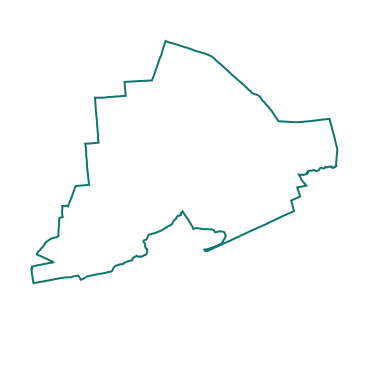 outline of Fantanele, Iasi, Romania, rotated 288°
{"feature_id": "2599482B12543048192025", "entity_name": "Fantanele", "entity_type": "district", "adm_level": 2, "iso_a3": "ROU", "parent_name": "Romania", "parent_adm1": "Iasi", "projection": "albers", "projection_center": [27.177, 47.409], "detail": "fine", "context": "isolated", "style": "outline", "palette": "teal", "viewbox_px": 384, "rotation_deg": 288, "n_neighbors": 0, "source": "geoboundaries", "source_scale": "gbopen_adm2", "svg_char_len": 5928}
<svg xmlns="http://www.w3.org/2000/svg" viewBox="0 0 384 384"><g transform="rotate(288 192 192)"><path d="M304.1,300.2L303.2,298.0L302.3,296.4L301.4,294.2L300.6,292.5L296.2,283.2L295.3,281.1L293.1,275.9L291.6,272.3L290.2,268.4L289.1,264.0L288.2,260.8L287.5,257.9L286.5,254.4L286.2,253.0L286.1,252.7L286.2,252.4L286.3,252.2L286.5,251.8L286.9,251.3L291.9,244.8L293.4,243.2L294.1,242.0L294.9,240.8L296.0,239.3L298.3,235.1L299.2,233.8L299.9,232.6L300.1,232.0L300.4,231.4L301.5,229.7L303.2,227.8L303.7,227.1L303.7,226.7L304.1,225.8L304.5,224.1L304.5,222.5L304.4,221.5L304.4,220.9L304.5,219.7L304.4,219.3L304.6,218.4L304.7,218.2L304.9,217.9L305.6,217.3L306.1,216.6L306.1,215.9L306.6,214.5L307.3,213.2L308.2,211.5L309.4,209.0L309.8,208.3L311.0,205.1L311.5,204.2L312.8,201.1L313.0,200.6L313.6,199.2L314.2,197.7L314.2,197.4L314.7,196.4L316.2,193.1L317.7,190.2L319.2,186.8L319.7,185.5L321.1,182.8L321.7,181.5L322.5,179.5L323.2,177.4L323.8,176.0L324.9,173.6L325.2,173.1L326.4,170.6L327.0,168.6L327.2,166.9L327.3,166.2L327.5,164.2L327.6,162.5L327.6,157.1L327.5,155.0L327.3,152.7L327.3,151.7L327.5,148.1L327.5,146.4L327.7,142.5L327.5,141.2L327.5,138.2L327.5,132.9L327.5,129.2L327.2,125.2L327.3,120.9L327.5,120.3L325.6,120.1L324.1,120.1L322.9,120.2L322.4,120.3L321.4,120.1L318.2,120.2L317.0,120.3L315.1,120.3L314.1,120.5L313.3,120.5L309.8,120.1L305.9,119.9L305.0,120.0L303.9,120.1L303.5,120.1L302.9,120.0L296.3,119.8L293.9,119.8L290.7,119.7L285.7,119.4L279.0,101.9L275.8,93.8L269.2,96.5L268.3,97.0L263.0,99.3L261.7,96.0L261.2,95.0L260.7,93.9L260.0,91.9L259.4,90.2L258.4,88.2L256.6,83.5L254.5,79.1L252.1,71.9L251.8,70.6L244.0,73.7L243.0,74.1L238.7,75.9L237.4,76.6L235.6,77.2L233.1,78.3L231.2,79.2L226.3,81.1L224.0,82.1L218.0,84.6L217.9,84.8L217.4,85.2L216.8,85.3L216.4,85.3L214.4,85.8L210.1,87.9L209.7,87.0L208.9,85.3L208.6,84.5L207.2,81.5L205.7,77.6L205.5,76.8L204.9,75.5L201.8,77.1L198.6,78.5L194.0,80.1L191.8,81.1L189.4,82.2L185.1,83.9L182.5,84.8L178.8,86.6L169.3,90.8L167.0,91.9L161.7,79.5L155.7,79.2L152.8,79.2L149.1,79.1L145.5,78.8L142.0,78.5L141.1,78.5L140.1,78.6L140.2,76.9L140.0,76.2L139.2,75.5L138.9,73.7L138.6,72.9L136.7,73.7L134.9,74.1L132.8,74.4L128.1,76.8L127.4,75.3L126.7,74.2L125.8,73.8L125.5,73.9L120.6,75.5L116.6,76.4L115.5,76.5L111.0,77.9L108.7,78.5L108.1,77.9L107.4,77.4L107.2,77.1L106.1,75.4L105.1,73.8L104.7,73.3L103.9,72.3L101.7,70.4L99.7,69.1L98.8,68.3L98.4,68.1L97.4,68.2L96.1,67.7L94.8,67.5L94.0,67.3L92.2,66.2L89.3,65.2L88.8,64.9L88.2,64.4L87.7,64.1L87.1,64.0L85.3,63.6L84.8,63.4L84.7,63.1L84.4,65.6L84.3,67.4L83.4,74.9L83.3,76.1L83.1,76.8L82.8,79.7L82.5,81.6L82.3,81.9L82.2,81.9L80.0,77.6L79.3,76.3L78.5,74.8L76.1,70.7L74.8,68.2L74.3,67.3L73.6,66.3L72.1,63.9L71.5,62.8L69.4,63.7L69.2,63.0L68.1,63.4L56.3,69.4L63.9,83.5L67.1,89.2L69.5,93.6L71.7,98.0L72.8,101.1L73.6,103.7L74.3,104.1L74.7,104.5L76.8,108.7L77.4,109.7L76.7,110.4L74.2,113.6L74.8,114.3L75.5,114.8L76.5,116.0L79.5,118.6L85.3,128.8L86.4,131.1L91.3,139.6L92.2,140.4L94.4,140.7L95.0,140.7L96.5,141.1L97.5,141.6L97.9,141.9L98.5,142.5L99.2,143.5L99.6,144.2L99.9,144.6L100.4,145.3L101.1,145.8L101.2,146.1L101.2,146.6L101.6,147.4L101.9,147.8L102.1,148.7L102.9,149.1L103.5,149.4L103.9,149.7L105.0,150.9L106.1,152.3L107.8,154.8L107.9,155.1L108.7,156.1L108.9,156.3L109.4,156.4L110.2,156.0L110.6,156.0L110.8,156.1L111.2,156.4L111.5,156.5L111.8,157.1L111.9,157.3L112.4,157.4L113.0,157.9L113.1,158.2L113.3,158.3L114.1,158.8L114.3,159.2L114.1,159.4L114.1,159.6L114.1,159.8L114.1,160.0L113.8,160.5L113.8,160.8L113.9,161.2L113.9,161.5L114.1,161.9L114.8,162.6L114.9,162.9L114.6,163.4L114.7,163.7L114.7,163.9L115.1,164.2L115.9,165.0L116.5,165.6L117.4,166.3L117.8,167.2L117.9,167.3L118.6,167.5L119.4,167.9L121.1,168.0L122.2,167.6L122.6,167.4L123.3,167.3L123.3,167.2L123.5,166.8L124.1,166.5L124.1,166.2L124.1,165.9L124.2,165.5L124.7,165.2L125.0,164.8L125.7,164.2L126.0,164.1L126.4,164.1L127.5,163.8L127.7,163.6L128.4,163.1L129.0,162.4L129.3,161.7L129.5,161.3L130.0,161.1L130.6,161.1L131.0,161.2L132.4,162.9L133.0,163.4L133.5,163.5L137.8,163.9L140.4,167.7L141.7,169.8L145.3,174.0L146.2,175.2L151.9,179.7L154.5,182.5L155.9,183.0L158.5,183.4L160.4,184.2L161.2,184.9L163.4,185.2L164.3,185.6L165.2,186.1L165.2,186.9L165.7,187.2L166.3,188.2L166.7,188.6L167.9,188.0L168.7,188.0L169.1,188.5L169.8,188.6L170.7,189.0L169.9,190.0L168.9,190.9L168.3,191.9L164.6,196.8L160.5,201.6L159.0,203.2L157.3,204.6L158.6,206.6L159.0,207.4L159.2,208.0L159.6,210.4L159.7,210.9L160.0,212.6L160.2,214.0L161.0,216.9L161.6,218.8L161.9,220.1L162.7,223.0L162.4,224.3L162.2,224.8L161.3,225.6L161.0,226.0L160.9,226.5L162.1,228.7L163.1,230.2L163.3,231.0L163.9,234.4L163.6,235.2L161.8,236.8L160.1,237.8L152.1,236.1L149.7,233.5L148.7,232.3L146.3,229.7L144.3,226.9L142.9,225.3L141.8,223.2L141.0,221.6L140.0,222.5L140.2,224.0L140.5,224.6L141.4,225.6L148.8,233.7L151.1,236.2L154.5,239.9L155.9,241.6L156.9,242.7L158.0,243.9L160.9,246.8L162.7,248.8L163.2,249.4L166.4,252.7L168.4,254.9L173.3,260.1L178.8,266.3L180.6,268.3L183.5,271.5L185.9,273.9L188.9,277.1L192.3,280.7L193.7,282.2L197.9,286.6L202.4,291.7L205.3,294.9L214.6,289.0L221.1,296.3L228.8,290.7L233.4,298.8L237.2,292.6L239.9,290.1L241.6,288.2L242.2,290.9L242.8,292.3L242.6,292.7L243.1,293.3L244.0,294.9L244.7,295.8L245.6,295.1L246.4,296.0L246.5,296.4L247.6,295.8L249.0,298.0L249.0,298.7L249.1,299.2L249.5,299.8L249.8,300.0L250.1,300.4L250.4,300.7L250.6,301.3L250.6,301.9L250.5,302.3L250.3,302.7L250.2,303.0L250.3,303.4L251.2,305.3L251.4,305.5L252.9,306.2L253.1,306.2L253.5,306.0L254.7,306.9L255.0,307.4L255.2,308.2L255.0,308.5L254.9,309.3L255.1,310.0L256.1,311.0L257.1,311.0L257.3,311.3L257.1,312.8L258.9,315.3L258.7,316.2L259.3,316.7L259.3,316.9L259.2,317.2L258.5,317.5L258.3,317.7L258.4,318.0L259.0,318.8L258.9,318.9L259.2,319.3L259.2,319.7L259.5,319.8L260.1,320.5L260.5,320.3L261.2,321.2L262.7,320.5L273.1,318.0L276.9,317.2L277.8,316.9L284.1,312.9L288.3,310.4L296.9,304.8L301.1,302.0L304.1,300.2Z" fill="none" stroke="#0f766e" stroke-width="2"/></g></svg>